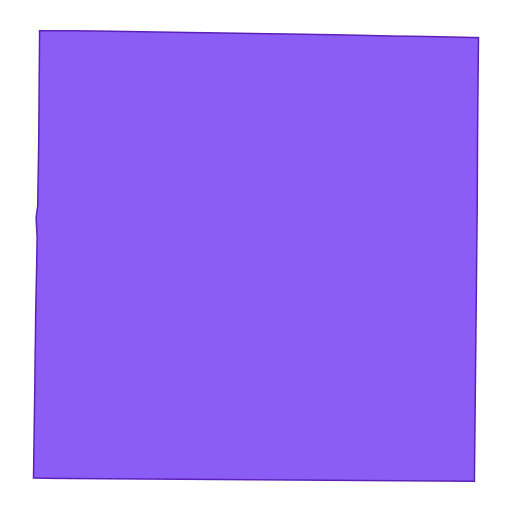 Dallas, Texas, United States of America (Albers equal-area conic projection)
{"feature_id": "52423323B35177303918175", "entity_name": "Dallas", "entity_type": "district", "adm_level": 2, "iso_a3": "USA", "parent_name": "United States of America", "parent_adm1": "Texas", "projection": "albers", "projection_center": [-96.837, 32.767], "detail": "fine", "context": "isolated", "style": "filled", "palette": "violet", "viewbox_px": 512, "rotation_deg": 0, "n_neighbors": 0, "source": "geoboundaries", "source_scale": "gbopen_adm2", "svg_char_len": 541}
<svg xmlns="http://www.w3.org/2000/svg" viewBox="0 0 512 512"><path d="M478.5,37.6L421.4,36.4L396.3,36.1L337.4,34.8L281.3,33.9L264.6,33.7L234.5,33.2L204.2,32.7L199.9,32.7L102.3,31.1L84.0,30.9L75.4,30.8L58.0,30.8L39.6,30.7L38.7,143.2L38.3,169.3L38.0,185.2L37.7,206.0L36.1,217.7L37.1,237.1L36.7,263.8L36.7,264.1L35.7,313.1L35.5,331.3L35.3,348.6L35.2,348.8L34.9,379.3L33.5,478.0L54.7,478.4L468.6,481.2L474.4,481.3L477.0,226.7L477.2,208.8L477.5,145.0L477.8,103.6L478.4,46.4L478.5,37.6Z" fill="#8b5cf6" stroke="#5b21b6" stroke-width="1.5"/></svg>